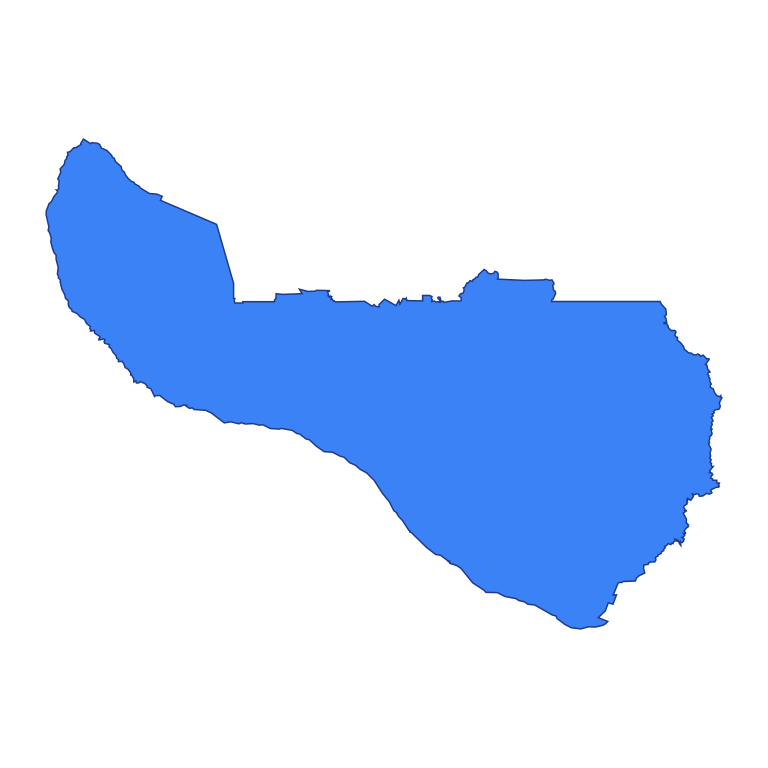 the district of South Taranaki District, Taranaki, New Zealand
{"feature_id": "76426892B20989652719934", "entity_name": "South Taranaki District", "entity_type": "district", "adm_level": 2, "iso_a3": "NZL", "parent_name": "New Zealand", "parent_adm1": "Taranaki", "projection": "albers", "projection_center": [174.317, -39.522], "detail": "fine", "context": "isolated", "style": "filled", "palette": "blue", "viewbox_px": 768, "rotation_deg": 0, "n_neighbors": 0, "source": "geoboundaries", "source_scale": "gbopen_adm2", "svg_char_len": 6064}
<svg xmlns="http://www.w3.org/2000/svg" viewBox="0 0 768 768"><path d="M83.5,139.1L80.8,143.3L81.2,144.4L75.8,147.7L73.7,147.8L70.1,151.6L67.5,152.3L68.0,155.3L66.6,157.0L66.5,159.1L65.1,160.2L64.2,164.5L60.2,168.8L60.7,172.6L57.8,178.9L59.2,180.9L58.4,186.6L59.0,188.1L57.5,190.0L56.4,190.0L57.5,191.0L57.2,192.6L53.9,196.6L51.4,201.6L49.1,203.6L46.3,210.8L46.1,214.6L48.9,227.0L48.1,230.5L49.7,232.9L51.3,238.2L50.8,241.8L52.5,248.5L53.9,252.4L56.1,255.2L56.1,259.3L58.2,267.3L57.4,274.2L58.5,276.1L58.3,277.6L60.5,280.2L60.2,282.1L61.9,289.2L64.8,294.9L65.5,298.3L68.3,300.9L68.4,305.0L69.3,307.5L71.7,309.6L72.1,311.3L77.3,313.7L79.9,316.6L84.3,319.2L86.6,323.5L90.3,326.6L89.9,328.7L90.7,330.0L90.5,331.0L94.2,330.5L94.7,333.2L99.7,336.4L100.0,337.5L98.7,339.2L99.0,340.0L103.7,338.9L105.0,340.0L104.0,341.5L104.7,343.3L109.5,344.6L109.0,346.9L111.1,348.6L113.0,352.3L116.0,355.5L116.8,358.3L118.6,359.8L118.4,361.6L122.0,361.4L123.7,363.5L125.2,367.6L127.9,369.1L130.7,372.8L130.7,375.0L131.7,375.1L133.7,378.8L133.8,382.0L135.9,381.0L136.4,383.0L138.7,382.9L140.4,381.6L145.1,383.7L147.3,386.1L147.1,387.2L150.8,388.7L154.6,396.5L155.6,395.7L159.7,395.5L167.6,401.6L173.8,404.3L175.4,406.7L180.3,406.5L184.2,404.8L186.0,406.0L186.6,405.4L186.6,406.4L189.4,408.3L192.3,407.9L194.1,409.5L205.7,410.3L211.5,413.1L224.3,422.9L230.7,421.8L238.9,423.8L241.5,422.7L245.1,424.0L253.2,423.6L259.1,425.1L263.2,424.9L270.3,428.5L279.4,429.1L281.1,428.4L292.1,430.3L297.0,433.6L299.6,433.9L305.7,438.8L309.6,439.9L316.3,446.2L324.3,451.7L332.5,452.2L340.2,456.2L344.1,457.2L349.5,462.6L355.4,465.2L360.2,469.4L366.7,472.9L374.2,480.4L382.5,493.4L389.3,501.7L393.8,510.6L396.3,512.5L398.6,516.4L402.8,520.9L408.9,530.4L410.1,531.1L409.9,532.0L411.0,532.2L426.0,546.9L435.5,554.4L440.6,555.3L447.6,560.6L449.3,561.1L448.5,561.7L450.1,562.6L449.9,563.4L456.5,565.4L461.0,568.4L472.7,582.8L484.4,590.5L485.9,592.4L497.3,592.6L505.3,596.6L515.7,598.5L518.8,600.5L524.7,601.9L527.8,604.2L534.7,605.0L552.3,615.0L555.9,615.9L557.1,618.6L565.0,624.5L571.2,627.7L580.7,628.9L588.6,626.8L595.7,627.0L602.7,625.3L605.3,624.0L607.8,621.4L598.2,617.7L605.3,610.9L608.3,602.8L613.0,604.2L616.5,594.8L613.2,595.0L618.3,582.7L622.1,582.4L623.0,581.5L635.4,581.0L636.5,577.9L639.3,575.6L644.8,573.0L643.6,568.8L643.9,564.9L648.1,564.4L648.7,562.9L650.6,562.0L654.8,561.9L655.9,560.0L655.5,557.3L657.9,556.1L657.8,555.1L661.2,553.4L661.6,551.8L663.7,550.6L663.9,548.9L665.3,547.8L664.7,546.4L666.6,545.5L668.1,543.6L670.8,544.6L671.8,543.2L673.0,543.6L673.2,542.3L675.4,540.8L675.0,539.6L676.2,540.6L676.3,539.8L677.2,541.1L677.9,540.2L678.9,542.3L679.8,541.5L679.5,543.7L680.8,545.4L680.6,542.3L682.5,542.4L683.6,541.0L684.1,538.9L681.9,537.3L683.5,536.9L684.7,535.1L683.6,533.6L684.9,534.0L685.7,533.0L684.1,531.2L686.0,528.3L688.3,526.7L687.9,526.4L688.5,524.9L686.3,522.8L686.4,519.0L683.2,513.1L686.3,511.0L685.7,510.1L684.6,510.3L684.8,509.4L683.6,507.1L684.0,506.1L687.1,503.8L686.8,502.9L687.5,502.1L686.8,501.2L687.9,499.8L687.0,499.5L687.6,498.3L690.8,500.3L693.3,496.6L692.5,494.0L694.3,494.8L696.6,493.6L698.7,494.5L699.4,496.3L702.9,495.9L706.6,493.3L709.3,494.2L711.9,492.8L710.9,490.8L711.3,489.6L716.7,487.1L718.6,487.2L719.3,486.2L718.5,485.3L719.4,483.1L716.9,483.1L716.8,480.3L713.0,480.3L712.7,479.0L710.7,477.9L710.9,476.6L712.7,474.7L711.8,473.0L709.4,472.6L710.1,471.8L709.6,470.9L713.1,466.6L712.0,466.8L711.1,464.2L711.5,463.3L710.0,462.2L711.2,459.9L709.7,458.0L710.6,456.1L710.0,453.2L711.1,449.1L708.5,443.7L709.6,442.9L708.9,441.0L709.8,438.7L709.5,436.7L711.2,435.5L712.1,433.7L710.9,429.3L712.0,429.1L710.7,427.4L712.3,424.4L711.5,422.5L713.1,420.8L711.3,417.2L712.9,416.3L713.1,415.4L712.0,414.3L714.2,412.8L713.7,411.3L715.3,409.9L719.3,409.0L720.3,406.4L719.3,402.8L721.9,397.8L721.0,397.5L720.8,395.7L719.9,396.7L716.9,395.6L714.5,392.7L713.3,388.9L710.3,387.3L710.4,384.9L711.3,384.1L709.6,380.9L710.0,378.7L708.8,377.1L708.9,375.7L707.7,374.7L708.2,372.8L710.0,372.0L707.7,369.2L706.8,365.0L705.5,364.4L709.0,359.7L708.9,358.7L706.9,359.0L703.1,355.1L700.3,356.4L699.8,355.1L697.9,354.0L695.6,355.0L693.2,354.6L691.0,353.0L688.9,353.0L684.3,349.2L683.6,346.7L680.8,342.9L677.5,340.3L677.4,337.2L676.2,337.2L674.7,334.7L676.1,332.1L675.0,330.5L670.9,330.5L668.0,327.1L668.2,326.0L666.5,323.4L664.1,323.6L664.0,322.8L666.7,322.3L665.8,317.9L664.5,316.4L666.4,314.6L665.8,309.1L661.4,304.2L660.1,301.5L551.6,301.5L551.9,299.6L553.1,299.1L555.6,293.6L555.0,291.0L553.8,290.5L552.7,285.8L553.9,284.1L553.7,282.7L552.0,279.9L549.7,280.3L545.5,279.2L543.7,279.9L524.2,280.4L497.5,279.1L498.2,277.4L498.0,273.3L496.8,271.9L494.8,271.4L493.6,273.3L491.0,273.9L488.3,273.3L486.1,270.6L484.1,269.5L478.8,274.4L477.6,277.2L476.2,277.2L474.3,279.3L473.2,279.4L472.3,281.4L470.1,280.6L468.1,283.0L467.1,282.8L464.6,287.4L463.4,287.8L464.2,289.9L463.3,293.0L460.4,293.9L459.0,296.0L461.3,297.8L461.0,301.0L452.2,300.9L444.0,302.4L443.2,301.3L441.2,301.5L440.0,297.3L438.8,297.1L437.9,297.4L437.9,298.2L439.5,299.7L439.9,302.4L438.1,301.7L436.0,302.1L434.3,301.0L431.7,301.5L432.2,299.9L431.4,298.2L432.0,296.5L429.2,295.4L422.6,295.5L422.6,300.9L406.8,300.6L406.3,298.1L405.4,299.1L403.1,298.4L399.9,304.2L398.9,300.3L396.0,305.6L384.6,299.2L379.1,304.5L379.2,306.9L375.7,306.3L374.1,304.6L372.1,306.2L364.5,301.3L334.9,301.9L334.3,300.9L333.4,301.1L332.3,299.1L331.2,299.5L331.2,297.3L332.2,296.3L330.5,296.8L330.1,296.0L329.5,297.2L328.0,295.8L328.5,294.9L327.6,291.8L329.5,291.2L329.2,290.6L316.4,290.3L315.3,291.2L307.8,291.4L299.4,289.2L302.1,293.7L282.5,294.4L276.1,293.7L276.0,298.2L274.5,300.2L274.5,301.7L242.8,301.7L242.8,303.0L234.7,303.0L234.3,300.4L234.8,298.5L233.6,298.4L233.6,283.4L216.6,224.4L160.4,200.3L162.2,196.4L156.9,194.1L149.4,193.5L140.4,188.0L139.1,186.2L135.0,184.0L133.8,182.2L131.3,181.3L127.9,178.1L125.4,174.8L124.5,172.3L122.0,170.1L121.1,166.5L115.4,161.5L114.2,158.3L112.0,156.8L111.8,155.5L106.8,150.4L101.4,148.1L99.6,144.4L97.2,143.2L91.8,142.7L90.6,143.7L83.5,139.1Z" fill="#3b82f6" stroke="#1e3a8a" stroke-width="1.5"/></svg>